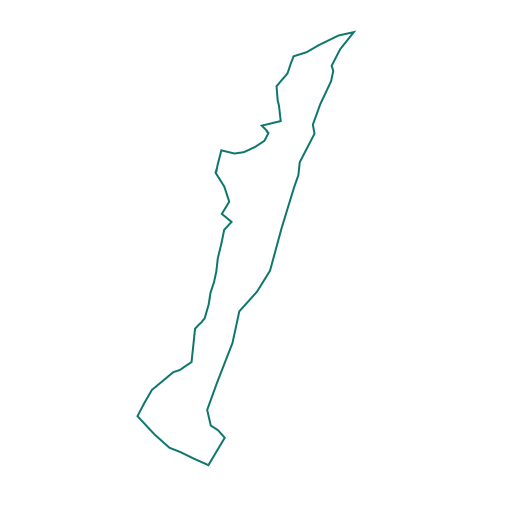 the district of Ferap, Chardzhou, Turkmenistan, rotated 72°
{"feature_id": "10190150B85284171000924", "entity_name": "Ferap", "entity_type": "district", "adm_level": 2, "iso_a3": "TKM", "parent_name": "Turkmenistan", "parent_adm1": "Chardzhou", "projection": "equal_earth", "projection_center": [63.283, 39.35], "detail": "fine", "context": "isolated", "style": "outline", "palette": "teal", "viewbox_px": 512, "rotation_deg": 72, "n_neighbors": 0, "source": "geoboundaries", "source_scale": "gbopen_adm2", "svg_char_len": 1255}
<svg xmlns="http://www.w3.org/2000/svg" viewBox="0 0 512 512"><g transform="rotate(72 256 256)"><path d="M83.9,163.6L91.7,169.3L92.5,170.5L92.9,170.8L96.1,176.3L100.9,184.0L114.7,187.3L120.1,187.7L135.3,190.8L135.2,192.0L135.3,192.1L135.1,193.3L133.8,210.2L140.6,206.8L140.9,207.2L142.9,206.2L149.0,212.3L152.0,223.1L153.5,235.5L151.9,244.8L144.8,256.3L157.4,264.3L164.1,268.0L163.2,268.0L164.2,268.7L164.3,268.7L180.2,264.7L194.8,264.7L196.1,264.7L199.2,268.3L205.4,275.5L206.2,275.0L216.0,268.7L219.2,274.4L221.3,278.2L222.4,278.8L233.2,284.9L242.1,290.4L246.5,293.1L253.6,296.3L258.4,298.5L267.7,303.9L277.0,310.7L283.1,313.8L283.1,313.7L283.6,314.0L287.7,316.1L299.6,324.2L301.1,326.9L301.9,327.6L303.6,331.5L306.3,336.4L335.2,349.3L336.9,350.0L339.2,358.1L340.9,363.6L340.9,370.5L351.2,396.4L361.3,407.6L371.7,418.2L394.7,407.5L395.0,407.3L411.6,397.6L419.4,388.2L429.4,377.9L440.2,365.9L419.2,341.9L409.9,346.0L403.3,351.4L387.3,350.0L364.7,332.4L331.4,305.2L303.5,289.0L290.2,266.0L274.3,247.2L237.2,222.9L202.8,198.8L192.2,190.7L180.3,185.4L157.8,162.6L148.6,161.3L131.4,147.9L113.0,130.6L103.8,125.3L98.5,125.3L85.3,112.0L73.3,93.8L71.8,109.5L74.8,130.9L77.8,144.7L77.7,158.5L83.9,163.6Z" fill="none" stroke="#0f766e" stroke-width="2"/></g></svg>